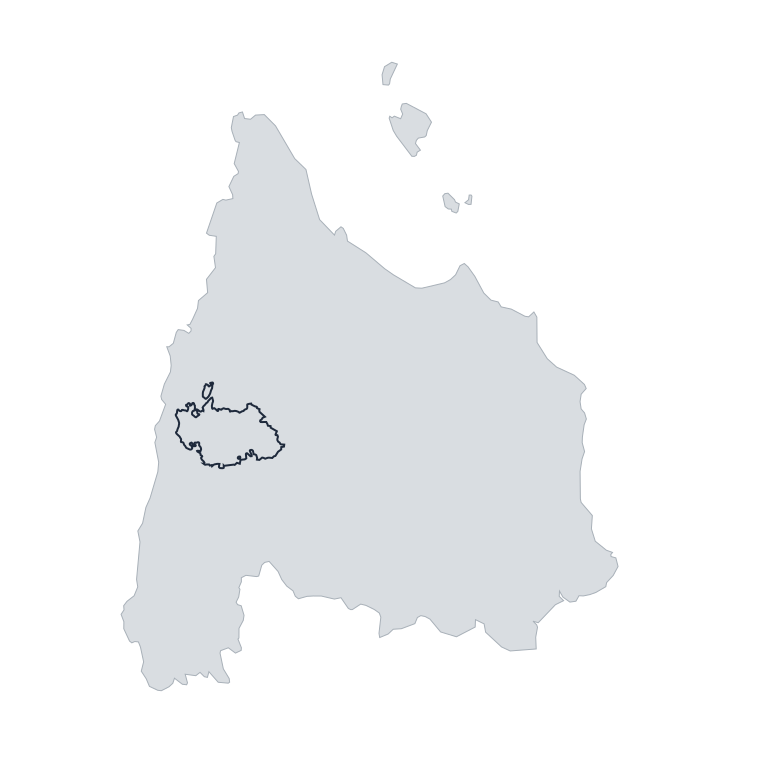 Burgos highlighted on a map of Spain, rotated 274°
{"feature_id": "ESP-5810", "entity_name": "Burgos", "entity_type": "Autonomous Community", "adm_level": 1, "iso_a3": "ESP", "parent_name": "Spain", "parent_adm1": "", "projection": "orthographic", "projection_center": [-3.389, 42.329], "detail": "fine", "context": "in_parent", "style": "outline", "palette": "slate", "viewbox_px": 768, "rotation_deg": 274, "n_neighbors": 0, "source": "natural_earth", "source_scale": "10m", "svg_char_len": 9799}
<svg xmlns="http://www.w3.org/2000/svg" viewBox="0 0 768 768"><g transform="rotate(274 384 384)"><path d="M406.0,164.7L406.1,166.9L409.9,171.0L421.0,173.2L423.9,174.9L423.5,180.7L420.9,185.7L423.4,187.8L426.0,187.7L429.2,183.6L429.9,186.2L435.1,188.5L446.4,192.7L454.3,193.1L462.8,201.7L476.0,199.6L488.3,207.8L499.5,205.4L502.1,207.0L519.6,206.4L520.2,199.3L522.1,196.4L552.9,204.6L556.9,210.4L556.4,213.4L558.4,220.3L562.3,219.8L570.1,215.5L580.7,219.7L583.7,223.8L585.9,224.0L593.4,219.2L614.8,222.9L615.4,219.5L616.8,218.4L625.4,214.8L629.0,213.8L640.3,215.2L642.0,219.1L644.3,220.4L645.5,223.8L639.1,226.4L638.8,232.4L643.3,237.1L644.4,245.8L633.9,257.8L602.6,279.2L592.5,291.2L568.4,298.5L543.5,308.3L529.1,324.2L533.0,325.2L537.8,330.1L536.4,332.5L529.9,336.3L524.0,337.6L513.6,356.8L499.0,376.7L493.6,385.7L482.1,408.6L482.2,415.1L489.1,437.3L492.8,443.0L497.9,447.8L507.3,451.6L509.8,455.7L506.7,459.7L497.7,467.1L481.7,477.2L475.1,484.9L473.8,492.2L469.1,495.5L467.6,505.7L461.4,519.9L461.1,523.6L466.3,528.5L461.4,531.8L436.1,533.8L420.6,545.1L412.9,555.0L406.0,573.2L397.5,584.0L393.6,586.0L387.6,581.4L380.1,580.8L372.9,582.4L369.1,586.1L363.2,588.3L357.4,586.5L344.9,585.6L339.3,585.8L330.6,588.8L323.1,586.8L310.5,585.7L283.1,587.9L279.6,588.9L267.3,601.0L254.0,601.0L241.9,605.7L233.7,617.4L231.9,623.7L229.6,622.1L227.7,622.6L226.7,627.4L218.3,630.2L209.0,626.0L201.4,619.9L197.3,619.4L190.9,610.0L188.3,604.1L186.5,597.7L186.4,593.3L180.7,590.6L179.4,584.7L183.9,577.4L189.7,573.5L184.4,573.6L180.4,578.3L175.8,570.4L156.6,554.5L157.8,549.2L154.4,553.1L152.1,554.1L142.0,553.0L130.3,554.3L126.5,528.5L129.9,519.6L143.5,502.7L151.7,500.6L155.3,491.7L147.9,491.9L136.9,473.9L140.6,457.8L152.7,446.2L154.9,441.3L155.5,436.9L153.4,433.6L147.1,431.5L141.1,418.4L140.0,410.3L134.9,405.6L130.8,397.4L134.9,396.4L151.2,397.1L155.2,395.3L158.4,390.0L161.9,381.4L162.8,376.1L156.8,368.2L156.6,366.6L157.6,364.1L167.8,356.0L166.0,349.5L168.1,336.3L167.6,328.4L166.8,322.0L163.8,313.6L166.1,310.3L171.3,307.7L175.6,301.1L181.7,295.7L189.6,291.4L199.0,281.8L197.7,277.4L194.7,274.7L183.7,272.4L183.0,270.4L183.5,259.6L180.8,255.2L176.7,255.5L170.7,253.4L169.2,254.6L161.4,253.9L156.0,251.7L153.7,253.3L152.8,257.0L143.5,260.5L138.4,260.1L130.1,256.4L120.5,257.0L119.4,256.1L111.0,260.1L108.3,260.1L105.2,254.6L110.0,247.1L106.6,239.6L104.1,239.2L88.6,243.6L79.4,250.1L75.8,250.8L74.7,249.5L74.9,239.4L84.8,229.4L79.0,228.3L79.5,225.2L83.5,220.6L79.9,216.6L80.6,205.9L72.2,208.8L70.2,208.1L70.4,203.8L75.9,195.5L70.7,194.2L67.0,190.7L62.5,183.3L62.7,179.6L66.0,171.1L73.3,167.4L80.6,161.9L90.1,163.6L104.6,159.4L109.6,157.0L109.7,153.3L108.2,150.5L109.8,148.1L121.7,141.5L128.7,141.1L135.9,137.8L140.5,140.4L144.7,139.8L149.3,142.8L155.3,149.5L164.4,152.5L171.8,150.8L209.4,151.6L220.2,148.7L228.3,152.9L244.3,155.1L253.9,158.6L280.6,164.5L290.2,164.7L309.7,159.5L315.0,160.9L322.8,158.3L326.5,158.8L331.4,162.6L348.5,167.6L353.0,163.3L356.3,162.3L368.6,164.9L381.1,170.1L387.6,170.4L397.0,168.8L406.0,164.7ZM649.8,382.1L654.6,383.8L659.3,381.5L661.9,381.9L664.6,382.7L665.5,386.7L656.5,407.1L648.5,413.1L639.8,409.5L634.8,408.8L633.3,407.4L631.7,401.1L629.3,399.3L626.1,398.6L619.8,404.0L617.6,400.9L614.5,400.4L613.2,398.5L613.1,395.9L632.1,379.3L637.6,375.5L649.6,370.6L651.5,371.1L650.1,373.5L651.9,375.6L649.8,382.1ZM705.5,369.3L704.1,375.0L688.7,369.0L683.8,368.6L682.5,367.6L682.6,362.1L692.4,360.5L700.6,362.4L705.5,369.3ZM570.5,442.6L568.9,446.5L561.3,445.6L559.6,444.1L561.0,439.6L563.1,439.0L563.1,435.9L565.2,432.6L575.6,429.5L578.1,431.4L578.8,434.5L572.8,441.5L570.5,442.6ZM578.6,457.7L577.5,458.6L569.3,458.3L569.0,455.8L570.5,452.1L573.7,455.5L578.4,455.8L578.6,457.7Z" fill="#d9dde1" stroke="#a8b0b8" stroke-width="1"/><path d="M358.4,213.6L355.2,214.7L353.9,214.5L353.2,214.2L350.1,213.8L348.2,214.1L347.5,214.4L347.3,214.8L347.8,215.6L348.0,216.0L348.0,216.5L347.7,217.0L347.1,217.7L346.9,218.1L345.5,219.7L345.5,220.2L345.7,220.4L346.1,220.5L346.4,220.3L346.8,220.2L347.2,220.3L347.5,220.5L347.6,220.9L347.5,221.4L347.4,222.0L347.1,222.8L347.0,223.3L347.1,223.7L347.8,224.2L348.1,224.6L348.2,225.0L348.4,225.4L348.6,225.8L348.5,226.2L348.1,227.5L348.1,228.9L348.2,229.4L348.3,229.8L348.3,230.3L347.5,231.7L347.2,231.9L346.3,232.1L345.8,232.3L345.8,232.7L346.0,233.0L346.2,233.4L346.3,233.8L346.3,234.9L346.5,235.9L346.7,236.4L346.8,237.3L346.7,238.6L346.1,240.6L345.8,241.2L345.3,241.7L345.3,242.0L346.9,244.4L347.0,244.9L347.3,245.7L347.6,246.0L348.4,246.5L348.9,247.2L349.1,247.7L349.3,248.1L349.7,248.8L350.5,249.2L351.1,249.2L351.4,249.2L352.1,249.2L352.8,249.1L353.3,249.0L353.7,249.0L354.1,249.1L354.3,249.5L354.5,249.9L354.6,250.4L354.8,250.8L355.2,252.9L354.2,253.2L352.7,256.8L352.5,258.2L352.2,258.8L351.9,258.9L351.4,258.8L351.1,259.0L350.9,259.4L350.2,261.6L348.9,261.4L347.5,261.8L343.0,267.5L341.9,265.4L341.5,265.1L340.3,264.5L340.0,264.3L339.8,264.0L339.1,263.1L338.2,263.0L337.5,263.6L337.5,264.9L337.9,268.9L337.9,269.2L337.7,269.3L335.9,270.5L334.3,271.1L334.1,273.8L332.5,274.0L329.4,280.4L326.1,279.3L325.7,279.4L325.5,279.7L325.4,280.1L325.5,281.2L324.0,281.9L321.6,281.4L320.5,281.6L319.3,282.3L319.0,282.6L318.4,283.8L318.1,284.1L317.0,284.7L316.7,285.2L316.6,285.7L316.6,288.7L314.6,288.6L313.9,285.9L311.5,286.0L309.0,283.0L304.7,280.7L304.1,279.1L302.4,277.7L302.5,274.3L302.3,273.2L301.2,270.7L301.9,269.0L302.1,267.6L299.6,265.0L299.7,262.5L301.4,262.6L304.0,261.6L304.3,261.3L304.6,260.8L304.7,260.3L304.8,259.1L305.1,258.8L308.0,258.0L308.6,257.5L309.0,256.7L309.0,256.0L308.8,255.4L308.5,254.9L308.0,254.8L303.7,257.0L302.8,257.0L302.6,255.8L305.3,252.4L305.3,251.8L305.0,251.3L304.5,251.1L300.2,251.8L300.0,251.6L299.1,250.4L298.4,246.2L294.4,245.7L295.1,242.8L292.9,240.7L293.1,239.7L291.2,230.0L291.4,229.8L289.3,230.0L288.9,229.5L288.7,228.5L288.7,226.4L289.0,225.8L289.4,225.3L290.0,225.1L292.8,225.4L292.7,223.1L291.9,220.3L291.3,219.4L290.4,218.4L290.3,218.5L290.0,218.2L291.1,217.8L290.5,215.9L291.5,215.2L291.4,212.9L291.0,211.4L291.1,210.8L291.9,209.6L291.9,209.8L292.3,210.1L292.9,210.4L294.1,209.6L295.7,207.7L296.9,206.9L297.5,206.7L298.1,207.0L298.9,207.6L299.1,207.7L299.5,207.5L299.8,207.1L300.3,206.0L302.1,205.6L303.5,202.7L303.8,202.4L304.2,202.2L304.3,202.4L304.4,202.7L304.4,204.6L304.3,205.6L305.9,206.1L306.7,206.0L307.6,205.7L308.2,205.4L309.8,203.9L310.6,203.8L312.2,203.8L312.6,203.5L312.9,203.1L312.9,202.7L312.9,202.3L312.8,201.9L312.4,201.3L312.3,200.8L312.4,200.1L312.4,199.6L312.2,199.2L311.8,199.0L311.3,198.9L310.8,199.2L310.4,199.6L310.0,200.2L309.7,200.5L309.3,200.5L308.9,200.2L308.8,199.8L308.8,199.4L308.6,198.7L308.7,198.3L309.0,198.1L309.0,197.8L309.1,197.5L310.4,197.4L311.8,196.5L312.1,196.1L312.0,195.7L311.4,194.8L311.1,194.5L310.7,194.4L309.9,194.6L309.7,195.0L309.3,195.8L308.9,196.1L307.7,196.8L306.9,197.1L306.4,197.1L306.0,196.9L305.6,196.6L305.3,196.2L305.1,195.7L305.1,195.3L305.1,194.8L306.2,191.9L306.7,191.0L307.0,190.8L307.4,190.6L308.3,190.0L309.2,189.0L310.0,188.6L310.7,188.3L311.2,188.1L311.7,187.5L311.9,186.9L311.9,185.7L312.2,185.5L312.6,185.4L313.1,185.4L314.4,185.5L314.8,185.4L315.3,185.2L316.0,184.6L316.8,184.1L317.4,183.7L318.0,182.9L319.2,181.4L320.1,180.4L320.8,180.0L321.3,179.9L321.7,180.1L322.4,180.7L322.8,180.9L324.1,181.1L325.4,181.5L326.7,182.0L327.6,182.2L328.4,182.2L329.8,182.4L331.1,182.3L333.9,181.2L337.8,178.7L338.3,178.5L338.7,178.4L339.0,178.5L339.3,178.6L340.0,179.3L341.1,179.5L342.6,179.5L343.7,179.7L343.9,179.8L344.1,180.1L344.1,180.7L343.3,181.3L343.0,181.8L342.7,182.8L342.8,183.4L343.0,183.8L343.9,184.1L344.1,184.5L344.1,185.3L343.8,186.4L343.8,187.9L343.5,188.6L343.2,189.0L343.1,189.4L343.3,189.7L343.7,189.9L345.1,190.3L346.4,190.4L346.8,190.4L347.3,190.2L348.1,188.4L349.0,188.0L349.4,188.1L349.6,188.4L349.6,189.1L350.0,189.5L350.8,189.8L351.2,190.2L351.3,190.5L351.2,191.1L351.0,191.5L350.7,191.8L349.5,192.0L348.9,191.9L348.9,192.5L349.5,193.3L350.1,193.7L351.5,194.2L351.7,194.6L351.8,195.0L351.7,195.3L351.5,195.6L351.3,195.8L350.7,196.0L350.3,196.0L349.7,196.5L349.4,196.8L349.0,196.9L348.0,196.9L347.2,197.1L346.8,197.1L345.0,196.8L344.6,196.6L344.2,196.4L343.9,196.1L343.7,195.3L343.4,195.0L343.0,194.8L342.0,194.5L340.3,194.7L339.9,195.1L339.6,195.5L339.4,195.9L338.9,196.7L338.2,197.4L338.0,197.9L337.8,198.3L337.7,198.7L337.9,199.1L338.6,199.7L340.0,201.5L340.3,201.8L340.7,201.9L340.9,201.8L341.0,201.4L341.0,201.1L341.3,200.3L341.7,200.0L342.0,199.8L342.5,199.7L343.4,199.7L343.7,199.5L344.1,199.1L344.7,198.2L345.1,198.1L345.4,198.3L345.6,198.7L345.5,199.5L345.2,200.1L344.7,200.9L344.2,201.6L343.9,202.2L343.7,202.7L343.7,203.1L343.9,203.6L344.2,203.9L344.5,204.2L344.8,204.7L344.6,205.2L344.4,205.7L345.0,205.7L345.2,205.8L346.4,205.4L347.8,204.7L349.3,205.5L350.6,206.7L351.5,207.4L352.2,207.7L353.4,209.2L354.6,209.7L357.7,212.2L358.2,212.8L358.4,213.6ZM300.6,245.8L301.3,245.6L301.5,245.5L301.6,245.2L301.5,244.4L301.2,243.8L300.7,243.4L300.1,243.3L299.7,243.4L299.5,243.6L299.3,243.9L299.2,244.2L299.2,244.5L299.3,245.1L299.5,245.4L299.7,245.5L300.6,245.8ZM362.2,203.9L363.5,204.0L364.0,204.1L364.7,204.4L367.5,205.3L368.1,205.3L368.6,205.3L369.0,205.1L369.3,205.2L369.5,205.3L369.7,205.6L370.0,205.9L370.4,206.1L370.8,206.2L371.3,206.2L371.4,206.4L371.3,206.9L371.2,207.2L371.1,207.5L370.7,208.4L370.5,208.6L370.3,208.8L369.7,209.0L369.4,209.4L369.4,209.7L369.5,209.9L370.2,210.7L370.7,211.4L371.0,211.6L371.3,211.6L371.6,211.5L371.9,211.3L372.3,210.8L372.5,210.6L372.9,210.6L373.0,210.8L373.1,211.1L373.2,211.5L373.4,212.1L373.5,212.9L373.4,213.1L372.9,213.4L372.3,213.5L372.1,213.3L372.0,213.1L371.4,212.9L367.8,212.8L365.5,211.9L362.3,211.2L359.4,209.9L358.2,208.9L357.0,207.8L356.8,207.2L356.9,206.8L357.6,206.0L358.5,204.5L358.8,204.2L359.3,204.1L362.2,203.9Z" fill="none" stroke="#1e293b" stroke-width="2"/></g></svg>